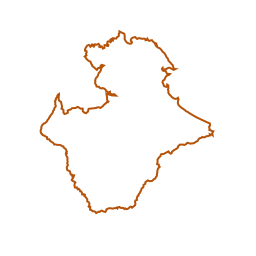 São Lourenço do Sul, Rio Grande do Sul, Brazil, rotated 289°
{"feature_id": "56859067B86962262775213", "entity_name": "São Lourenço do Sul", "entity_type": "district", "adm_level": 2, "iso_a3": "BRA", "parent_name": "Brazil", "parent_adm1": "Rio Grande do Sul", "projection": "orthographic", "projection_center": [-52.096, -31.253], "detail": "fine", "context": "isolated", "style": "outline", "palette": "amber", "viewbox_px": 256, "rotation_deg": 289, "n_neighbors": 0, "source": "geoboundaries", "source_scale": "gbopen_adm2", "svg_char_len": 5689}
<svg xmlns="http://www.w3.org/2000/svg" viewBox="0 0 256 256"><g transform="rotate(289 128 128)"><path d="M216.5,88.5L215.1,89.0L214.0,88.6L212.7,89.2L211.6,89.2L210.4,88.1L208.7,87.7L207.9,84.3L207.1,83.9L206.7,85.2L205.8,85.2L206.6,83.2L205.8,82.6L204.4,83.9L203.4,83.6L203.8,82.0L203.6,81.1L202.7,80.6L201.0,80.8L200.1,82.5L199.0,82.4L198.8,81.6L199.2,80.2L198.7,78.8L196.1,79.6L194.9,78.4L195.9,77.4L196.6,76.5L195.3,75.4L195.5,74.3L196.6,74.7L198.0,72.8L196.6,71.4L196.4,69.6L195.1,69.5L193.8,69.2L194.1,68.2L195.4,67.8L195.2,66.7L194.0,66.7L192.6,66.0L193.6,65.0L193.9,64.2L193.3,63.4L192.5,62.5L191.5,62.3L189.5,61.8L188.3,61.8L187.1,62.2L187.2,63.7L186.1,64.3L184.5,64.1L183.1,65.1L182.4,64.3L181.4,63.8L181.1,64.8L180.3,65.5L179.2,67.5L178.6,69.4L178.5,71.0L176.8,72.2L176.1,73.4L175.0,74.0L174.4,75.7L172.8,79.7L175.1,80.3L175.8,82.0L177.7,81.9L179.1,82.5L179.2,84.8L177.6,83.8L176.2,83.3L174.6,83.4L172.3,83.4L170.7,82.5L166.8,82.4L164.7,81.4L162.2,81.4L161.6,82.0L159.9,82.2L159.2,82.6L158.5,83.7L157.0,84.8L157.5,87.2L156.6,88.7L157.0,90.5L157.5,91.1L157.5,92.9L156.8,94.5L155.5,95.5L155.7,96.6L155.0,97.7L156.4,99.1L154.8,99.8L154.6,101.3L154.8,102.6L155.5,104.1L154.7,106.0L153.6,102.2L153.3,96.5L151.3,97.6L149.4,98.6L148.5,98.8L146.7,99.8L146.7,100.8L145.8,100.6L145.7,99.6L144.1,99.0L142.5,97.9L140.5,97.1L138.0,95.4L138.1,93.6L137.3,92.0L136.4,91.1L133.3,84.5L130.4,84.8L129.2,83.9L128.4,83.7L128.2,82.3L129.0,79.9L131.6,78.8L130.9,77.1L131.1,75.8L131.6,74.0L131.1,72.9L129.9,72.0L128.5,68.6L126.8,67.8L125.6,65.8L124.6,65.3L123.7,66.0L122.8,66.1L121.5,64.8L120.6,63.3L121.8,61.8L123.7,61.3L124.3,60.8L124.6,58.8L126.5,58.8L128.2,57.8L130.8,56.2L131.4,54.1L132.7,53.0L135.6,52.1L136.9,52.0L137.7,51.7L136.9,51.1L135.7,50.7L134.1,50.9L132.4,50.2L130.9,50.6L129.6,50.1L128.7,50.9L126.6,51.5L125.7,52.4L124.6,52.6L122.9,51.9L121.2,52.2L119.6,51.6L118.7,51.8L117.2,51.7L116.2,51.2L115.3,51.0L114.3,50.5L113.0,50.5L112.3,50.0L111.3,50.1L109.2,49.3L107.2,49.0L106.3,48.3L105.4,47.9L104.7,46.9L103.0,46.0L100.7,45.7L99.6,46.2L97.3,46.2L95.9,46.7L94.5,47.8L94.3,48.8L93.5,49.5L93.6,50.8L93.3,51.9L93.0,54.5L91.4,55.0L91.2,56.2L91.7,57.2L90.3,58.8L89.7,61.6L89.3,62.5L88.4,63.7L88.9,64.8L89.0,66.7L89.7,68.6L89.8,70.5L89.4,71.5L89.5,72.9L88.5,73.7L87.8,76.0L85.7,77.9L84.9,77.4L84.0,78.4L83.2,77.7L82.2,78.4L81.0,79.6L80.2,80.4L77.1,81.5L76.4,82.0L74.8,82.0L73.4,83.3L71.4,82.8L69.7,83.4L68.5,84.3L68.1,87.3L66.1,88.4L65.4,89.1L65.6,90.2L64.5,90.9L65.4,91.5L65.7,92.4L63.1,92.4L62.3,92.1L61.5,91.9L60.4,91.8L59.9,93.4L59.7,95.2L59.3,96.0L58.5,95.7L56.8,95.9L55.5,96.4L54.4,97.4L55.2,99.0L53.7,100.4L54.4,101.1L54.2,102.0L52.6,103.3L52.9,104.2L51.8,105.5L50.2,106.3L51.0,107.7L50.9,108.9L49.6,108.8L49.4,109.7L48.1,111.6L47.3,112.7L45.3,113.4L44.9,115.4L43.8,116.2L41.7,116.5L41.4,117.4L40.8,116.7L40.1,118.3L38.5,118.6L38.5,119.9L37.8,121.9L38.2,123.0L38.1,124.6L37.2,125.6L39.3,127.5L39.5,128.5L40.6,129.2L41.2,129.7L41.2,130.8L41.1,132.4L41.2,133.8L42.8,134.3L44.0,134.1L45.1,135.2L45.7,135.8L46.4,137.3L46.6,138.8L46.8,140.0L47.4,140.6L48.0,141.7L48.3,142.6L49.1,143.2L48.5,144.2L49.9,144.5L50.6,145.7L50.1,146.5L50.2,147.8L50.7,148.8L50.8,150.0L50.2,150.9L51.1,151.6L50.7,152.9L51.4,154.0L52.2,154.7L53.0,155.1L54.3,155.7L54.6,156.9L54.0,157.8L57.4,159.9L59.2,159.5L60.4,158.7L61.8,158.6L62.9,159.9L64.4,159.2L66.7,159.2L67.5,160.0L68.3,159.6L69.4,159.9L70.7,160.4L72.3,160.4L73.1,160.8L75.2,160.5L76.1,161.2L76.9,161.7L78.2,161.6L79.2,161.2L80.9,162.5L82.4,162.1L84.9,163.7L84.7,165.7L85.8,168.0L88.2,169.2L89.0,170.2L90.4,170.3L92.1,170.9L93.5,170.4L95.6,170.2L96.8,169.7L99.5,169.6L101.5,170.6L101.9,169.7L103.4,169.0L103.3,167.3L105.6,167.0L107.6,166.2L110.0,166.8L112.1,167.9L113.2,167.7L114.0,167.9L115.2,170.3L117.9,172.8L119.1,173.9L118.2,174.9L117.6,176.7L118.5,177.5L119.4,177.3L120.2,177.5L121.9,178.6L125.0,181.3L125.9,181.5L126.8,181.2L129.2,182.5L129.7,184.0L130.3,185.7L130.3,186.7L131.5,188.1L132.7,188.5L133.4,189.0L133.4,190.4L133.5,192.0L134.1,193.2L134.9,195.0L137.0,196.7L138.5,198.1L140.0,198.3L141.6,199.0L142.6,200.5L143.7,201.1L143.7,202.5L144.2,203.4L144.9,204.1L146.0,205.2L146.3,206.2L147.2,207.2L147.7,208.0L148.6,207.5L148.4,208.4L149.3,209.1L148.8,210.3L150.5,209.4L152.6,209.7L152.4,208.2L152.8,207.1L152.6,205.6L153.7,205.4L155.5,204.3L157.0,204.7L159.0,203.9L159.1,201.5L160.4,189.2L161.2,185.2L162.1,180.8L162.5,179.8L162.9,177.2L163.6,175.6L164.7,171.4L165.9,168.8L166.4,168.1L167.6,167.1L169.0,166.7L170.0,166.5L171.5,166.5L172.8,165.4L171.6,164.6L171.1,163.7L170.9,162.7L170.9,161.7L171.3,160.2L171.6,159.1L172.3,158.1L173.4,155.8L174.7,154.5L175.8,154.4L177.2,153.3L178.9,153.2L181.4,152.2L181.8,151.0L180.1,151.4L179.4,151.0L179.3,148.6L181.0,147.1L182.4,145.8L184.0,145.6L185.8,146.8L186.8,146.7L189.5,147.3L191.2,148.7L191.5,149.5L192.7,150.0L191.9,147.3L193.9,145.3L194.0,144.0L193.6,143.1L193.7,142.1L195.0,140.8L196.1,141.2L195.2,141.7L194.6,142.4L195.3,143.5L196.1,144.9L197.8,146.3L198.6,147.7L198.3,149.1L198.1,150.8L197.8,152.2L199.1,153.5L198.7,152.0L200.4,151.0L202.1,149.7L202.5,148.5L203.2,147.5L204.9,144.3L206.6,143.1L207.6,141.3L208.9,140.1L210.6,138.1L211.4,135.8L212.3,134.8L213.7,132.2L213.8,130.3L214.1,129.2L215.6,128.4L216.3,127.4L215.3,127.3L216.3,126.2L217.1,126.7L217.1,125.5L218.1,123.0L218.8,122.2L218.1,120.6L217.3,119.8L217.6,118.5L218.8,117.1L217.2,116.8L216.7,116.0L217.7,115.1L217.8,114.1L216.9,112.3L216.6,109.1L215.2,107.7L216.3,105.1L215.1,103.2L214.1,102.4L213.0,102.0L212.0,102.0L211.2,102.4L210.9,103.4L210.2,103.9L208.9,103.6L208.2,101.7L208.3,99.5L209.5,97.4L210.3,96.6L211.3,95.7L213.4,95.2L215.9,93.8L216.0,92.8L216.3,89.6L216.5,88.5Z" fill="none" stroke="#b45309" stroke-width="2"/></g></svg>